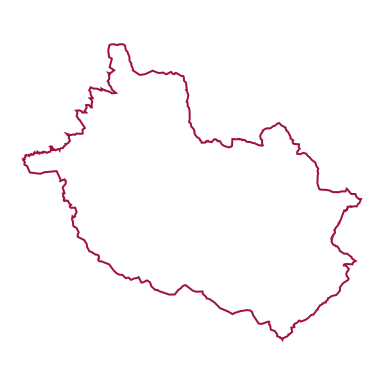 the district of Cuenca, Azuay, Ecuador
{"feature_id": "8360857B44277665484155", "entity_name": "Cuenca", "entity_type": "district", "adm_level": 2, "iso_a3": "ECU", "parent_name": "Ecuador", "parent_adm1": "Azuay", "projection": "albers", "projection_center": [-79.199, -2.836], "detail": "fine", "context": "isolated", "style": "outline", "palette": "rose", "viewbox_px": 384, "rotation_deg": 0, "n_neighbors": 0, "source": "geoboundaries", "source_scale": "gbopen_adm2", "svg_char_len": 5894}
<svg xmlns="http://www.w3.org/2000/svg" viewBox="0 0 384 384"><path d="M326.2,189.9L320.3,189.6L319.1,188.8L317.4,183.2L317.7,175.4L318.2,173.3L317.5,171.2L318.3,168.7L316.5,166.3L315.3,162.5L311.4,159.6L309.8,157.4L307.5,155.7L306.5,154.0L305.2,153.3L303.0,153.0L300.3,154.2L297.2,153.8L297.2,151.8L299.7,148.6L298.7,147.1L299.0,144.3L294.0,143.9L293.0,143.4L292.6,141.6L293.3,140.4L290.5,138.6L290.6,136.9L287.8,131.6L286.4,130.7L286.3,129.7L285.5,128.7L285.6,127.6L281.2,125.3L279.4,123.1L277.7,123.4L275.0,125.7L273.5,126.0L271.1,127.8L269.3,128.6L268.4,128.2L265.7,128.6L262.7,130.5L262.8,131.4L260.7,134.5L260.2,136.2L260.7,138.8L262.1,140.0L262.1,143.8L262.8,145.4L262.4,145.7L258.8,145.2L254.5,143.2L251.8,142.8L250.5,142.0L246.7,141.8L244.6,139.9L242.1,140.1L241.7,139.3L239.7,139.5L239.5,139.0L238.4,138.9L236.7,139.4L232.4,139.0L232.0,145.8L231.4,146.6L228.8,147.4L224.0,145.9L221.7,144.2L219.9,141.1L217.6,141.2L217.4,140.3L216.6,140.2L215.7,139.2L214.1,139.4L211.7,142.1L208.7,141.6L208.3,141.0L207.2,141.5L207.2,141.0L206.0,141.3L205.1,142.6L201.6,142.7L201.3,141.3L200.0,140.1L200.1,139.6L198.5,137.8L197.0,137.2L195.4,135.1L194.3,132.8L194.6,131.4L193.9,129.5L191.2,126.3L190.7,123.3L189.1,122.1L189.7,119.6L189.6,111.2L189.0,107.8L187.6,106.1L187.7,102.9L186.6,101.9L187.7,98.7L188.3,95.2L187.0,91.1L186.1,90.0L186.8,89.5L186.0,82.7L184.0,80.6L183.8,77.0L182.8,75.9L181.5,76.0L176.2,73.0L175.2,73.1L174.4,74.2L173.1,74.0L171.1,71.9L166.2,74.3L163.3,72.6L158.3,73.0L152.7,70.7L145.0,74.2L140.2,74.9L138.9,74.4L132.8,70.3L132.9,68.7L131.5,65.8L131.2,63.0L130.3,62.2L129.5,60.3L129.4,57.0L127.4,51.8L125.7,49.8L125.1,45.7L122.9,44.2L118.6,44.4L117.9,45.1L113.9,44.3L111.5,44.3L109.4,45.1L108.3,50.1L109.0,57.0L111.9,58.8L109.6,67.2L114.2,70.3L110.0,73.4L108.4,72.9L109.6,74.6L108.8,75.0L109.3,76.6L109.0,79.5L107.6,81.2L108.9,82.8L108.7,83.5L109.4,85.1L111.2,87.2L111.9,89.6L115.9,92.9L111.9,93.4L109.8,91.8L105.2,90.6L104.9,90.0L103.8,89.9L101.3,88.5L101.4,90.5L96.7,88.6L93.4,88.6L90.6,87.3L89.2,90.5L90.4,91.5L90.7,94.7L92.7,98.2L89.9,98.3L91.6,100.0L92.2,101.6L91.5,105.3L91.9,107.3L90.9,107.4L89.6,105.6L88.4,105.0L86.1,105.1L86.7,107.6L84.6,111.0L86.1,112.5L82.2,112.5L81.6,111.2L79.2,110.4L76.2,110.6L77.1,111.6L77.3,113.0L76.7,116.6L78.0,117.8L78.5,119.2L79.5,119.8L84.9,128.0L82.6,129.6L82.7,133.5L80.7,133.9L76.4,133.5L75.0,134.8L73.4,134.4L70.6,135.1L66.6,133.8L69.0,136.5L68.9,137.8L69.9,140.9L68.1,143.0L66.5,144.0L65.4,144.0L65.5,145.3L64.2,146.0L62.9,148.1L60.9,148.2L59.8,149.1L59.6,150.2L59.0,149.1L58.2,149.0L55.6,150.3L54.0,149.2L53.9,150.0L52.2,149.9L52.1,149.2L52.8,148.8L51.9,147.7L52.1,146.8L51.1,146.3L50.2,146.7L51.0,147.2L50.7,148.6L51.6,150.2L50.9,150.3L49.9,151.9L48.8,151.9L46.8,152.9L45.8,152.1L44.8,151.9L44.1,152.3L43.5,151.7L42.5,152.8L42.1,152.3L41.1,152.9L39.5,152.6L39.4,153.4L37.7,152.0L37.8,153.1L36.5,152.8L35.2,153.1L34.7,152.1L34.0,152.8L34.1,153.8L33.2,154.7L31.6,154.1L31.5,154.7L30.7,154.4L29.4,155.9L29.0,154.9L28.0,155.5L27.1,155.5L26.4,154.9L25.3,155.5L25.3,157.3L24.5,157.9L24.7,158.9L23.0,159.1L23.5,160.7L24.1,160.8L24.9,162.1L24.3,163.9L24.6,164.9L27.0,166.0L29.9,172.5L40.4,173.8L44.0,172.3L56.6,171.1L60.5,179.3L60.3,181.0L64.5,179.4L64.9,180.3L65.8,180.7L65.6,183.9L62.9,187.0L62.7,187.9L64.5,193.1L62.9,193.5L63.4,194.8L63.0,196.6L63.8,197.1L64.3,198.7L63.6,199.8L63.9,200.7L64.6,201.1L66.0,200.4L67.4,201.0L68.0,200.8L69.5,203.9L71.1,204.8L69.7,206.5L70.8,207.8L75.2,207.7L76.6,212.2L75.1,214.7L75.2,216.3L73.9,217.3L72.5,216.2L72.0,219.3L72.9,221.6L73.3,225.9L73.8,226.5L76.4,227.8L78.7,232.2L77.7,234.7L77.6,236.7L84.6,240.3L85.3,242.0L86.6,243.6L87.1,247.1L89.5,251.4L91.3,251.9L95.8,254.7L97.0,254.6L98.5,255.4L99.0,256.5L98.5,257.9L99.0,258.4L98.2,259.4L98.5,260.5L99.7,261.4L101.3,261.3L109.2,264.4L113.6,270.4L117.0,273.6L119.9,274.8L122.2,274.8L125.9,278.2L128.5,277.6L131.1,279.9L134.0,278.5L137.2,278.0L138.6,277.1L141.4,282.6L142.7,282.5L147.0,280.4L150.1,282.4L151.3,286.3L155.5,290.1L157.4,289.9L159.0,291.1L169.3,294.6L174.8,294.5L178.1,290.1L180.8,288.3L182.4,286.4L184.4,285.3L185.7,285.2L192.6,290.5L194.3,291.2L195.9,291.7L202.5,291.5L202.8,293.9L206.1,296.8L206.6,298.4L209.4,299.0L214.5,302.5L220.0,308.1L228.5,311.7L232.5,314.1L235.0,312.8L240.6,311.1L246.7,310.1L250.4,310.5L252.1,312.1L253.0,315.0L258.7,323.6L261.8,323.9L267.9,321.7L269.2,321.8L269.2,324.8L270.1,325.2L270.8,329.7L274.8,331.0L277.1,334.3L277.2,336.3L280.1,337.2L280.2,337.9L281.3,338.2L282.4,339.8L282.8,338.2L287.0,336.5L288.5,335.1L288.5,334.3L289.4,334.3L292.2,331.9L291.3,327.6L294.4,327.1L294.4,326.2L293.6,325.2L294.9,323.6L297.2,322.7L298.9,320.6L299.8,320.6L300.8,321.6L305.3,319.9L308.3,317.9L311.1,315.0L313.6,314.5L316.6,310.2L317.9,309.4L317.8,308.5L320.2,305.2L322.6,304.1L322.5,303.6L324.4,302.5L325.8,302.6L326.3,300.9L327.7,299.9L328.0,298.2L329.3,297.9L331.3,296.2L336.1,295.0L337.5,293.7L340.0,290.6L339.9,287.4L342.1,284.4L343.4,282.9L347.9,280.1L348.7,278.7L346.5,275.5L346.3,274.1L346.7,272.2L348.1,270.7L348.8,269.0L346.7,266.3L345.1,265.5L343.8,265.4L344.2,264.4L346.4,263.9L352.4,264.4L352.9,262.6L355.7,261.0L352.5,258.9L351.7,258.0L351.4,256.7L350.6,256.5L347.3,253.8L344.0,253.6L339.9,251.0L338.9,248.4L337.2,246.3L336.0,246.4L335.2,245.4L334.7,245.5L333.0,244.4L331.5,241.5L332.1,239.6L331.3,238.8L331.7,237.8L332.5,237.5L332.2,236.7L333.3,235.5L333.0,235.0L335.0,232.8L334.8,230.7L334.3,230.4L334.6,229.7L336.1,227.3L338.2,225.1L338.5,223.4L339.2,223.4L339.5,222.0L339.0,221.8L339.7,221.8L339.7,221.2L340.4,220.6L344.1,210.6L345.3,211.1L345.5,210.1L347.0,210.0L347.1,208.6L347.7,208.1L347.6,206.8L348.7,207.0L350.4,206.1L351.0,206.3L351.3,207.0L353.6,206.3L356.7,206.4L358.1,203.9L359.4,203.0L361.0,199.0L358.7,198.9L356.3,196.7L355.4,194.0L351.3,194.0L346.8,188.8L345.5,191.4L341.9,191.4L338.2,192.2L333.5,192.1L331.4,191.6L330.4,190.7L326.2,189.9Z" fill="none" stroke="#9f1239" stroke-width="2"/></svg>